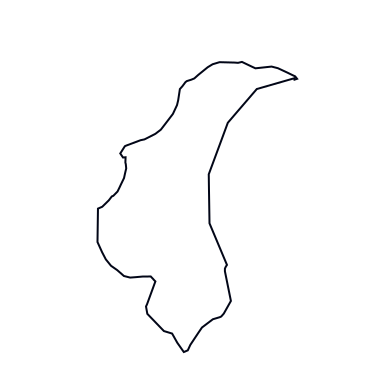 outline of Tanta 1, Al Gharbiyah, Egypt, rotated 205°
{"feature_id": "37247803B50363997957176", "entity_name": "Tanta 1", "entity_type": "district", "adm_level": 2, "iso_a3": "EGY", "parent_name": "Egypt", "parent_adm1": "Al Gharbiyah", "projection": "equal_earth", "projection_center": [31.01, 30.795], "detail": "fine", "context": "isolated", "style": "outline", "palette": "ink", "viewbox_px": 384, "rotation_deg": 205, "n_neighbors": 0, "source": "geoboundaries", "source_scale": "gbopen_adm2", "svg_char_len": 1300}
<svg xmlns="http://www.w3.org/2000/svg" viewBox="0 0 384 384"><g transform="rotate(205 192 192)"><path d="M129.5,140.7L162.9,171.0L164.4,174.1L179.5,205.2L183.6,213.7L184.3,215.1L187.2,250.7L188.8,269.9L185.0,283.5L176.8,312.7L147.5,338.2L146.6,337.1L144.6,339.0L147.4,340.4L150.6,340.4L155.9,340.5L166.5,340.5L172.9,339.3L186.8,330.9L191.0,330.9L201.7,331.0L204.9,328.5L208.1,327.3L221.9,321.3L227.3,316.5L230.5,311.7L235.8,300.8L237.9,295.9L240.1,293.5L243.6,290.3L244.4,288.7L245.4,283.8L246.5,280.2L243.3,269.3L242.3,264.4L242.3,259.6L242.3,254.7L245.2,241.5L246.6,235.3L249.8,229.2L257.3,219.6L260.5,217.2L271.2,206.3L272.2,205.1L273.3,196.6L269.1,194.1L266.9,195.4L264.8,190.5L263.8,189.3L261.6,185.6L260.6,180.8L259.5,175.9L259.6,168.6L259.6,165.6L259.7,160.9L259.9,160.4L261.7,155.3L262.8,154.1L263.9,149.2L267.1,140.7L270.2,137.2L256.5,106.7L248.0,99.4L241.6,94.5L234.2,90.9L226.8,89.6L218.2,87.1L211.9,88.3L207.6,90.7L201.2,94.4L193.7,98.0L190.1,96.6L189.8,96.4L187.4,95.5L185.3,71.2L185.3,68.8L181.0,62.7L168.3,57.8L158.7,54.1L150.2,55.3L141.7,49.2L131.8,43.5L128.9,46.7L128.9,49.1L128.9,52.8L127.8,60.1L126.7,67.3L125.7,73.4L119.3,85.5L113.9,90.3L112.9,91.5L111.8,95.2L110.7,109.7L128.7,134.1L129.8,136.5L129.8,138.6L129.5,140.7Z" fill="none" stroke="#020617" stroke-width="2"/></g></svg>